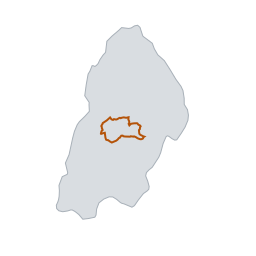 Tongsa highlighted on a map of Bhutan, rotated 108°
{"feature_id": "BTN-2486", "entity_name": "Tongsa", "entity_type": "District", "adm_level": 1, "iso_a3": "BTN", "parent_name": "Bhutan", "parent_adm1": "", "projection": "mercator", "projection_center": [90.459, 27.451], "detail": "fine", "context": "in_parent", "style": "outline", "palette": "amber", "viewbox_px": 256, "rotation_deg": 108, "n_neighbors": 0, "source": "natural_earth", "source_scale": "10m", "svg_char_len": 3139}
<svg xmlns="http://www.w3.org/2000/svg" viewBox="0 0 256 256"><g transform="rotate(108 128 128)"><path d="M201.5,111.0L201.1,112.5L199.4,116.6L198.3,121.1L199.3,124.7L203.1,129.1L208.2,132.5L214.7,132.8L220.7,131.5L223.1,132.0L226.4,137.8L228.7,142.8L225.5,148.0L223.8,152.5L223.2,155.7L223.6,157.1L225.5,159.7L227.8,164.2L228.1,168.2L226.7,170.9L223.6,172.3L220.3,171.9L217.6,171.9L214.2,172.4L208.8,173.9L203.9,175.9L194.6,175.5L190.9,171.5L189.2,171.5L180.7,176.7L171.5,175.8L154.8,177.5L147.8,177.9L140.6,177.3L137.0,176.2L130.2,172.6L124.1,169.9L117.8,172.3L115.7,172.8L110.7,179.1L99.8,181.1L89.0,182.6L85.8,181.8L79.8,181.4L79.5,180.0L79.7,178.5L78.3,177.4L75.9,176.3L71.6,175.8L66.2,174.2L63.0,172.7L52.0,174.9L45.5,171.6L38.2,167.1L34.5,165.1L33.1,158.1L31.8,155.8L28.9,153.4L27.3,150.6L28.6,147.7L35.9,142.4L36.5,141.1L39.9,131.1L44.6,127.4L49.2,122.3L52.7,114.3L59.5,106.0L66.9,97.5L72.0,90.5L75.4,87.3L82.3,83.8L88.2,81.8L92.2,77.1L97.1,74.5L102.1,73.4L109.5,74.0L116.5,75.7L124.2,78.0L125.1,79.8L124.5,83.1L123.3,86.5L123.3,88.2L124.5,89.1L132.0,89.8L141.2,89.3L146.3,89.7L157.8,92.8L161.2,95.0L164.7,96.7L168.1,96.4L172.5,92.8L177.1,89.8L179.9,89.3L181.9,90.3L185.6,93.1L193.2,95.9L199.9,97.9L202.1,99.8L201.4,108.2L201.5,111.0Z" fill="#d9dde1" stroke="#a8b0b8" stroke-width="1"/><path d="M126.4,116.9L126.7,116.9L129.5,115.7L130.1,115.3L130.4,114.7L130.7,114.0L131.2,110.8L131.2,109.9L131.7,110.3L131.9,110.4L132.1,110.6L132.3,110.6L132.5,110.5L132.8,110.5L133.1,110.5L133.4,110.6L133.7,110.8L133.9,111.0L134.6,112.0L134.7,112.3L134.8,112.6L134.9,113.2L134.9,114.0L134.8,115.8L134.3,117.3L134.3,117.7L134.2,118.2L134.1,119.0L134.1,119.5L134.2,119.8L134.5,120.0L134.9,122.1L135.1,123.0L135.6,123.3L137.0,128.1L137.3,129.8L136.9,130.7L137.4,132.0L138.9,132.6L139.5,132.7L139.8,132.8L139.9,133.0L140.2,133.4L140.5,133.6L141.1,133.9L141.9,134.1L142.3,134.4L143.6,135.2L146.8,138.9L146.4,141.1L145.9,142.5L145.7,143.3L145.9,143.7L145.9,144.0L145.9,144.4L145.9,144.6L145.9,145.0L145.8,145.3L144.1,146.5L139.7,148.6L140.1,149.3L141.8,151.6L141.9,151.8L141.8,152.0L141.4,152.1L139.2,152.2L138.8,152.1L138.5,152.0L138.3,151.7L138.0,151.5L137.7,151.6L137.2,151.8L136.5,152.6L136.0,152.9L135.0,153.3L134.4,154.0L133.5,153.9L132.6,153.6L132.2,153.5L131.9,153.5L131.6,153.6L131.4,153.5L131.1,153.5L130.8,153.3L130.5,153.1L130.0,152.6L129.3,152.1L127.3,150.5L123.5,148.3L124.7,146.7L125.0,145.6L124.9,144.7L123.9,144.1L123.7,142.2L123.4,141.5L123.0,141.0L121.2,139.4L120.9,139.0L120.8,138.7L120.8,138.2L120.9,137.9L120.1,137.0L119.2,135.3L118.9,133.2L118.7,132.6L117.6,130.8L119.8,130.3L120.1,130.0L121.2,129.0L121.7,128.7L122.5,128.5L123.0,128.4L123.3,128.5L123.6,128.7L123.8,128.7L124.0,128.5L124.2,128.3L124.5,128.1L125.1,127.5L123.3,126.6L122.7,125.8L121.6,123.5L121.5,123.2L121.3,122.6L121.2,122.4L121.2,122.2L121.1,121.9L120.8,121.3L120.7,120.9L120.7,120.5L121.5,119.4L121.7,119.0L121.8,117.7L121.9,117.3L122.1,117.0L122.3,116.7L122.5,116.5L122.9,116.6L123.2,116.7L123.4,116.7L123.6,116.8L123.9,116.7L124.5,116.6L124.9,116.5L125.2,116.4L125.5,116.4L126.1,116.8L126.4,116.9Z" fill="none" stroke="#b45309" stroke-width="2"/></g></svg>